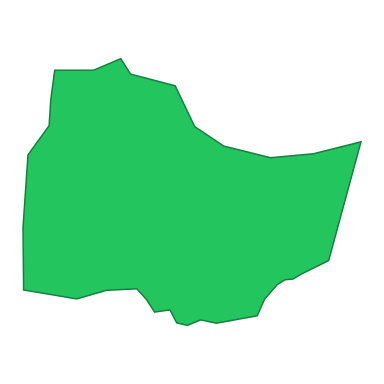 an SVG outline of Serere
{"feature_id": "UGA-5596", "entity_name": "Serere", "entity_type": "District", "adm_level": 1, "iso_a3": "UGA", "parent_name": "Uganda", "parent_adm1": "", "projection": "mercator", "projection_center": [33.439, 1.516], "detail": "fine", "context": "isolated", "style": "filled", "palette": "green", "viewbox_px": 384, "rotation_deg": 0, "n_neighbors": 0, "source": "natural_earth", "source_scale": "10m", "svg_char_len": 514}
<svg xmlns="http://www.w3.org/2000/svg" viewBox="0 0 384 384"><path d="M154.6,312.1L146.4,299.4L136.8,288.8L106.5,290.3L76.6,298.9L23.6,290.0L23.0,227.5L28.0,154.8L49.1,125.7L50.8,99.4L54.7,70.2L93.6,70.2L120.8,58.6L130.5,74.1L175.2,85.8L194.7,126.6L223.8,146.1L270.5,157.7L313.2,153.8L361.0,141.8L328.7,260.5L301.2,274.1L293.1,279.0L284.9,279.8L277.2,284.7L264.6,299.2L257.2,315.8L216.4,323.2L200.6,319.9L187.5,325.4L176.7,322.9L170.0,309.9L154.6,312.1Z" fill="#22c55e" stroke="#15803d" stroke-width="1.5"/></svg>